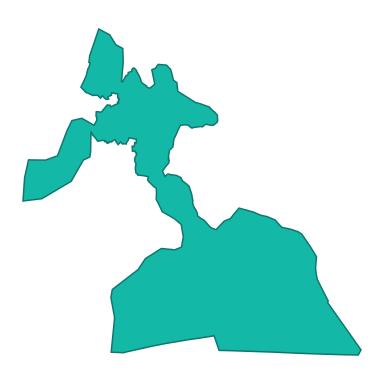 Ijebu Ode, Ogun, Nigeria
{"feature_id": "59680162B95372959647234", "entity_name": "Ijebu Ode", "entity_type": "district", "adm_level": 2, "iso_a3": "NGA", "parent_name": "Nigeria", "parent_adm1": "Ogun", "projection": "natural_earth1", "projection_center": [3.928, 6.783], "detail": "fine", "context": "isolated", "style": "filled", "palette": "teal", "viewbox_px": 384, "rotation_deg": 0, "n_neighbors": 0, "source": "geoboundaries", "source_scale": "gbopen_adm2", "svg_char_len": 5807}
<svg xmlns="http://www.w3.org/2000/svg" viewBox="0 0 384 384"><path d="M212.6,110.5L209.4,107.1L200.2,103.7L195.5,102.5L177.8,91.3L176.9,82.7L173.4,80.2L172.2,75.0L170.7,69.5L166.5,65.1L158.3,64.4L157.3,65.5L155.7,68.1L153.6,69.0L151.8,69.8L153.5,77.9L154.7,83.9L153.9,84.9L152.1,86.4L149.8,88.2L149.3,88.2L146.6,86.9L146.6,86.0L143.6,84.0L142.0,82.8L141.2,81.8L140.6,79.2L140.1,77.9L138.6,74.8L136.8,71.5L136.1,70.0L134.9,68.7L134.5,68.3L134.0,68.1L133.5,68.0L133.0,68.3L132.3,68.9L131.8,70.1L131.5,71.3L130.3,71.9L129.1,72.3L128.3,72.4L128.0,74.5L126.8,75.5L125.9,75.7L124.1,79.1L122.4,81.9L121.9,81.6L121.5,81.4L123.2,62.5L122.8,48.5L115.8,44.7L109.8,34.9L98.8,29.0L89.7,55.7L88.9,62.5L90.1,62.9L89.5,65.2L88.7,67.8L87.8,69.1L86.2,75.9L80.9,87.2L86.0,92.6L87.5,92.9L89.9,94.1L92.8,95.5L93.5,95.4L94.5,95.3L95.0,95.3L95.7,95.2L96.4,95.2L97.0,95.2L97.6,95.5L98.1,95.8L98.6,96.3L99.3,97.0L100.4,98.1L100.5,98.2L101.2,97.4L102.4,95.7L103.5,97.0L104.3,97.8L105.4,98.9L106.0,99.3L106.3,99.3L106.6,99.4L106.9,99.5L107.3,99.5L107.6,99.4L107.9,99.2L108.3,99.0L108.6,99.0L107.8,96.9L109.3,96.1L110.2,95.8L111.4,95.3L111.7,92.9L114.2,93.3L116.4,93.8L117.5,93.9L117.7,94.6L117.8,95.9L117.8,97.0L117.9,97.9L118.7,98.0L119.1,99.2L118.5,99.4L118.6,100.4L118.5,100.5L118.6,102.6L117.6,102.3L118.0,103.5L117.5,103.7L116.9,104.0L116.2,104.3L115.4,104.6L115.1,104.7L114.6,104.9L114.2,105.1L113.6,105.6L113.2,105.8L112.4,106.2L111.8,106.5L110.9,106.9L110.8,106.6L110.5,105.9L110.3,105.3L109.9,105.3L109.3,105.2L109.1,105.1L108.7,105.1L108.2,105.1L107.8,105.1L107.3,104.9L106.2,106.1L105.1,107.6L103.5,109.4L102.3,111.0L101.6,111.9L100.0,112.1L98.7,111.8L98.0,111.7L96.5,111.7L96.2,111.8L96.1,114.6L96.0,116.2L96.7,117.5L96.8,119.2L96.9,120.0L94.1,125.3L81.9,118.3L71.9,120.6L66.7,131.4L62.6,142.4L57.5,155.8L45.6,160.1L28.5,159.9L24.6,177.6L23.0,201.0L41.8,198.7L71.2,181.3L83.4,160.0L89.8,157.1L90.6,152.1L91.0,131.6L93.1,135.8L94.0,136.2L94.5,137.0L96.6,139.6L97.6,141.2L98.8,141.0L100.1,140.8L101.0,140.7L102.0,140.5L102.7,140.3L103.6,140.3L104.5,140.6L105.3,141.0L105.5,141.0L105.2,141.4L104.9,141.6L105.3,141.8L105.8,142.0L106.0,142.0L106.7,142.3L106.9,142.3L106.8,142.8L106.8,143.0L107.2,143.1L107.4,143.1L107.7,143.1L108.1,143.3L108.2,143.0L108.5,142.7L109.1,142.5L109.1,142.1L109.2,141.6L109.6,141.7L110.1,141.8L110.5,141.8L111.1,141.5L111.4,141.8L111.6,142.0L111.9,141.7L113.9,140.1L114.4,139.8L115.2,139.6L115.4,140.2L115.6,140.9L116.4,142.3L117.1,143.1L117.5,143.7L118.1,144.6L119.2,143.5L119.8,142.9L120.5,142.3L120.7,142.0L120.8,142.1L121.0,142.2L121.1,142.4L121.2,142.5L121.6,143.1L122.0,143.5L122.3,143.9L122.7,143.9L123.5,143.8L123.9,143.9L124.1,143.9L124.3,143.9L124.5,143.9L124.9,143.9L125.1,143.8L125.4,143.8L125.7,143.8L126.0,143.9L126.3,144.0L126.6,142.7L126.9,142.0L127.3,141.4L128.0,140.5L128.4,140.0L128.7,139.0L129.0,137.8L129.9,138.0L130.9,138.2L131.5,138.3L132.3,138.4L133.2,138.7L133.9,138.8L134.8,138.9L135.5,139.0L135.9,139.1L136.2,139.1L136.2,139.7L136.2,140.1L136.3,140.6L136.3,140.8L136.3,141.3L136.3,141.8L136.2,142.3L136.2,142.7L136.1,142.8L135.0,142.7L134.6,142.6L134.6,142.8L134.7,143.2L134.7,143.6L134.6,144.0L134.5,144.3L134.5,144.7L134.3,145.2L134.2,145.7L134.0,146.1L134.0,146.6L133.0,146.4L132.4,146.2L132.2,146.2L132.1,146.9L132.2,147.8L132.3,148.5L132.4,149.9L132.4,150.7L132.5,151.3L134.3,151.1L135.4,151.0L135.5,151.1L135.5,151.7L135.5,152.3L135.5,153.1L135.4,153.1L135.8,153.1L136.3,153.0L136.6,153.0L136.8,153.8L136.4,153.8L136.3,154.4L136.2,154.9L136.1,155.4L136.0,155.8L135.9,156.2L135.7,156.5L135.3,157.0L135.1,157.2L135.0,157.4L134.9,158.0L134.8,158.6L134.8,159.3L134.8,160.6L135.0,161.9L135.7,162.8L136.0,164.4L135.6,165.9L135.4,167.6L135.4,168.8L135.5,170.4L135.8,172.1L136.0,173.1L136.6,173.5L137.3,174.0L137.6,174.3L137.6,175.0L140.4,175.3L143.3,175.7L145.5,176.1L147.5,176.4L148.4,176.7L148.0,178.4L147.7,180.2L149.0,181.9L153.9,186.7L156.2,188.2L156.5,192.3L156.2,199.4L158.6,203.9L162.2,211.7L174.1,218.5L181.2,224.5L183.3,236.8L181.5,247.1L174.8,249.8L161.3,248.5L145.4,258.6L138.2,269.5L112.3,289.5L110.9,297.4L114.6,317.6L111.2,352.2L123.6,352.7L126.1,352.0L151.9,346.2L164.0,343.8L186.9,339.9L199.1,338.2L214.1,335.8L218.2,347.7L219.1,350.4L228.5,350.6L234.6,350.8L243.4,351.1L246.2,351.2L272.9,352.1L297.3,353.2L307.6,353.6L328.7,354.3L342.2,354.7L358.3,355.0L361.0,349.9L327.6,302.6L328.2,301.0L317.5,279.9L316.2,274.1L315.5,267.1L315.7,266.4L316.5,256.7L310.1,246.3L301.9,234.3L298.3,231.8L291.0,229.3L281.8,227.3L278.5,223.8L275.2,220.0L267.1,216.6L260.3,215.1L253.3,212.0L239.0,208.1L233.6,214.5L230.5,218.5L224.2,221.1L216.0,229.7L211.1,227.8L209.5,226.2L207.7,224.3L206.0,222.3L203.7,219.9L201.0,218.5L197.6,215.8L197.2,212.8L196.0,210.4L193.8,206.6L192.7,203.5L192.8,200.5L191.6,193.8L189.1,186.3L186.7,184.1L182.6,181.0L180.8,177.6L176.7,175.5L173.6,175.0L171.6,174.8L170.2,174.6L169.5,174.2L168.5,174.1L167.7,174.1L166.9,174.6L165.0,176.5L164.8,176.1L164.5,175.6L164.3,175.3L164.2,174.9L163.9,174.3L163.5,173.4L162.5,171.1L163.2,170.1L163.9,169.2L164.4,168.4L165.2,167.3L166.0,166.2L166.8,165.3L167.7,164.3L168.4,163.5L168.7,163.0L168.9,162.5L168.9,162.0L169.0,161.3L169.1,160.5L169.1,159.9L168.3,159.7L168.5,159.1L168.5,158.9L168.5,158.7L168.6,158.3L168.8,158.1L168.8,157.6L168.7,157.0L168.4,156.4L169.6,150.2L172.9,146.9L173.9,139.1L176.0,134.9L178.0,130.0L180.5,125.2L186.1,124.8L188.2,125.3L189.2,126.1L190.2,127.0L191.0,127.5L192.0,128.2L192.5,127.9L192.9,127.6L193.6,127.5L194.5,127.4L195.5,127.3L196.4,127.1L196.8,127.0L197.9,126.9L198.7,126.8L199.2,126.7L199.9,126.7L200.5,126.6L201.4,126.6L202.1,126.8L202.3,126.9L202.5,126.8L203.6,125.9L204.5,124.9L205.5,124.4L206.8,124.4L208.4,124.8L212.1,125.4L213.9,124.9L217.0,122.4L217.7,120.7L217.4,115.1L216.0,113.6L214.7,112.1L212.6,110.5Z" fill="#14b8a6" stroke="#0f766e" stroke-width="1.5"/></svg>